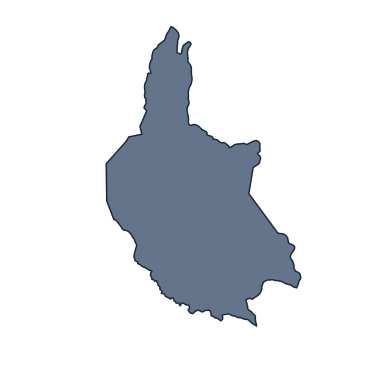 the district of Corredores, Puntarenas, Costa Rica, rotated 144°
{"feature_id": "36466004B38265631296352", "entity_name": "Corredores", "entity_type": "district", "adm_level": 2, "iso_a3": "CRI", "parent_name": "Costa Rica", "parent_adm1": "Puntarenas", "projection": "orthographic", "projection_center": [-82.937, 8.537], "detail": "fine", "context": "isolated", "style": "filled", "palette": "slate", "viewbox_px": 384, "rotation_deg": 144, "n_neighbors": 0, "source": "geoboundaries", "source_scale": "gbopen_adm2", "svg_char_len": 5973}
<svg xmlns="http://www.w3.org/2000/svg" viewBox="0 0 384 384"><g transform="rotate(144 192 192)"><path d="M163.7,53.0L160.2,55.0L158.3,56.8L157.4,57.2L155.7,57.6L154.4,58.8L154.1,59.3L153.0,62.1L152.9,62.7L153.4,64.9L154.7,67.1L154.4,70.7L154.1,71.2L152.7,72.5L152.4,73.1L151.7,75.5L151.5,76.6L151.2,77.6L151.1,80.1L150.6,81.6L149.8,82.5L148.2,83.6L145.3,84.5L143.1,85.4L142.0,86.3L141.1,87.5L141.2,88.6L141.8,90.4L142.6,91.7L143.6,92.9L143.7,93.2L143.5,94.2L142.9,96.0L141.5,98.9L141.6,101.7L142.0,102.9L142.9,104.5L146.7,108.2L147.0,157.2L128.3,175.7L127.4,175.8L124.6,175.6L120.8,175.7L120.2,176.1L118.5,177.6L117.3,178.4L116.7,179.0L116.1,180.6L116.1,181.5L116.4,183.5L116.4,184.2L116.2,184.8L113.3,184.9L111.9,186.5L110.5,189.0L109.3,190.2L108.6,191.2L108.6,193.4L108.7,194.1L109.5,195.5L110.3,196.2L112.1,196.9L113.8,197.2L114.5,197.4L119.8,198.2L121.6,201.0L124.7,202.6L126.6,203.8L128.2,204.7L130.0,205.3L132.6,205.2L133.5,205.3L135.9,206.2L135.9,206.5L135.4,207.6L135.4,208.8L135.8,209.7L136.6,212.4L137.0,213.0L138.9,214.3L139.9,215.3L140.3,216.3L140.4,217.5L141.0,219.4L142.1,220.7L142.7,221.5L143.8,222.7L143.8,223.1L143.2,223.9L143.2,224.5L143.8,225.9L144.7,227.2L145.3,227.7L146.0,229.2L146.0,230.2L145.0,231.1L145.0,231.8L145.1,232.5L146.0,234.2L146.1,234.7L147.2,236.5L148.0,241.2L148.2,241.4L148.4,242.5L149.7,244.3L150.8,245.6L152.7,246.2L154.4,247.0L154.5,247.5L154.5,249.4L154.3,249.9L153.4,251.5L152.9,251.8L151.5,253.7L149.2,258.6L148.1,260.7L147.4,262.0L146.5,262.7L146.3,263.2L145.8,263.3L144.7,264.0L143.6,264.4L142.2,265.5L141.4,267.2L140.9,267.9L140.5,269.0L139.8,270.3L138.5,271.6L138.0,272.6L136.2,275.1L135.2,275.9L134.0,277.2L133.0,278.1L129.7,279.6L127.1,281.7L126.0,282.8L125.5,283.8L125.0,284.1L123.2,287.7L121.8,289.7L121.2,290.8L120.9,290.9L120.1,291.9L119.3,293.5L118.7,295.2L118.7,300.1L116.6,302.5L115.7,304.4L115.1,305.1L114.9,305.7L114.2,306.7L113.8,307.5L113.1,308.4L109.9,310.6L107.3,311.4L106.3,312.0L105.6,312.6L105.6,314.1L106.0,314.7L106.1,315.2L106.7,315.7L112.3,315.7L113.4,315.3L113.9,314.9L114.0,314.7L114.6,314.5L116.0,313.3L116.3,312.8L116.6,312.8L116.7,312.5L117.1,312.2L117.2,311.9L117.5,311.9L117.7,311.4L118.0,311.3L119.3,310.5L120.2,310.5L120.7,310.9L121.4,312.3L121.8,312.8L122.3,313.6L114.5,323.0L111.7,325.0L110.8,325.8L110.8,326.1L110.4,326.8L110.0,327.6L109.6,328.7L109.6,331.2L109.7,332.4L110.7,336.5L110.9,336.6L111.2,337.3L111.9,338.1L116.1,335.8L117.5,335.4L120.1,334.3L120.9,333.9L121.1,333.6L122.3,332.7L123.0,332.4L123.9,331.5L125.3,330.9L132.7,330.8L133.1,330.7L133.5,330.2L134.4,329.8L135.2,329.3L138.8,329.3L139.0,329.2L139.6,329.2L140.9,328.5L144.4,325.7L146.1,323.2L148.4,322.3L149.9,321.0L151.1,320.3L151.6,319.8L152.1,319.1L153.4,317.7L154.1,315.4L155.3,312.5L155.6,312.3L156.1,312.3L157.0,313.5L157.6,313.7L158.2,313.7L158.6,313.5L159.1,312.7L159.9,311.9L161.8,310.4L164.3,308.2L166.6,307.2L168.2,305.5L169.6,303.5L171.0,300.7L172.4,299.6L173.9,297.7L174.7,296.2L174.7,295.1L175.0,294.0L175.7,292.5L175.9,292.4L176.8,290.9L177.1,290.6L179.1,289.8L179.4,289.5L179.7,289.5L181.3,288.4L181.0,284.2L195.5,275.7L198.7,268.2L210.7,273.7L215.7,271.6L244.8,265.3L266.2,234.9L271.4,215.6L270.3,214.5L270.1,214.0L269.8,206.6L269.8,204.7L270.1,203.2L269.9,202.0L269.1,200.8L268.1,199.9L267.3,198.7L266.5,197.1L266.2,193.9L266.3,191.9L266.5,191.0L266.4,188.5L266.7,187.1L267.4,184.9L267.6,182.9L268.1,181.5L269.3,180.2L270.5,179.6L272.2,178.1L274.0,176.7L276.1,174.7L277.1,173.3L277.7,172.0L277.8,171.3L278.4,169.5L277.2,167.8L277.0,167.3L277.1,166.7L277.8,166.3L277.9,165.9L276.6,163.5L276.0,160.9L275.3,160.0L275.1,159.4L274.2,158.4L273.9,157.1L272.8,154.7L272.6,153.8L271.7,153.0L271.2,152.0L271.2,151.4L272.3,151.1L273.0,150.6L273.6,150.0L274.1,149.7L274.4,149.2L275.1,145.9L275.7,145.2L275.4,144.6L275.0,144.2L274.7,143.4L274.5,141.6L273.2,141.2L272.9,140.9L272.9,140.6L273.0,140.1L273.4,139.7L273.4,138.2L273.9,137.1L274.2,136.8L274.3,136.5L273.9,135.2L273.9,133.7L274.3,133.1L275.1,132.4L275.1,131.7L274.4,130.1L274.4,129.7L274.6,129.2L275.9,128.6L276.1,128.3L276.1,127.9L274.4,125.6L274.4,124.8L274.6,124.0L274.7,123.2L274.6,122.9L274.4,122.8L274.2,122.0L273.8,121.2L272.9,120.0L272.9,118.7L272.2,118.0L271.9,118.0L271.7,118.3L271.4,118.3L269.8,117.9L269.9,115.8L270.4,114.8L270.5,114.4L269.9,113.3L270.1,112.1L270.1,111.4L268.7,110.5L268.4,109.8L268.3,108.4L268.5,107.8L268.5,107.2L268.4,107.0L267.8,107.0L267.1,107.4L266.3,108.5L265.7,108.3L264.6,107.3L263.6,105.5L263.0,103.8L261.9,103.3L261.2,102.7L261.3,101.1L261.7,100.7L262.2,99.4L262.5,99.2L263.9,99.0L264.6,98.6L264.6,95.7L264.5,95.3L264.3,95.2L264.0,94.6L263.8,94.4L263.6,93.9L262.7,93.1L260.5,93.4L259.8,93.7L259.0,93.7L258.1,93.1L256.6,92.9L256.2,92.6L256.1,92.3L255.7,91.8L254.5,89.3L253.6,88.6L251.1,88.5L249.1,87.2L247.7,86.5L247.2,85.3L247.2,85.0L248.5,81.5L249.2,80.9L249.2,80.5L248.3,79.5L248.0,78.9L247.5,77.7L247.2,76.4L246.8,75.9L246.1,75.4L245.6,74.6L245.2,73.2L244.3,70.8L242.1,71.2L241.5,71.6L240.9,72.4L240.4,73.9L240.0,74.5L239.0,74.4L236.6,73.1L235.2,72.6L234.4,72.2L233.3,70.8L232.9,69.6L231.9,67.9L230.3,66.6L229.5,65.2L229.4,64.8L228.7,63.4L228.0,62.9L227.5,62.4L227.2,62.4L226.3,61.4L225.7,60.3L224.6,58.8L224.4,58.3L222.4,56.6L221.9,55.9L221.5,55.0L220.5,50.2L220.0,48.9L219.6,48.4L218.7,45.9L217.6,47.0L217.4,48.1L216.8,49.7L216.0,50.8L215.5,52.0L213.7,54.2L213.7,55.8L214.3,57.7L214.4,60.5L215.5,63.2L215.5,64.0L215.2,65.4L214.2,66.9L213.5,69.0L213.0,69.5L213.0,70.1L212.7,71.1L211.7,72.9L210.7,72.9L209.5,72.7L207.9,72.1L207.2,71.5L206.9,70.4L206.3,70.0L205.7,69.8L203.7,69.9L202.5,69.7L198.4,69.6L196.0,70.3L193.5,71.7L192.5,72.6L192.3,72.9L191.7,73.6L190.9,74.7L189.5,75.4L189.1,75.9L188.4,76.2L187.7,77.0L185.0,76.9L183.0,76.5L182.9,76.4L181.5,75.8L180.6,74.9L179.3,74.4L178.3,73.6L176.8,71.6L175.8,70.9L174.4,69.5L171.8,66.5L171.3,65.6L170.1,62.7L169.2,61.9L168.6,60.7L167.9,60.1L167.6,60.0L167.6,59.8L167.4,59.7L166.3,57.7L165.7,55.5L163.7,53.0Z" fill="#64748b" stroke="#1e293b" stroke-width="1.5"/></g></svg>